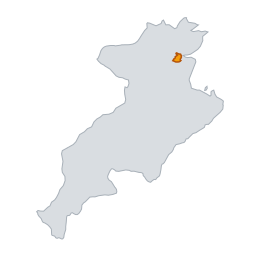 Hwangju, Hwanghae-bukto, North Korea (highlighted), rotated 176°
{"feature_id": "82179303B1056018992840", "entity_name": "Hwangju", "entity_type": "district", "adm_level": 2, "iso_a3": "PRK", "parent_name": "North Korea", "parent_adm1": "Hwanghae-bukto", "projection": "mercator", "projection_center": [125.698, 38.725], "detail": "fine", "context": "in_parent", "style": "filled", "palette": "amber", "viewbox_px": 256, "rotation_deg": 176, "n_neighbors": 0, "source": "geoboundaries", "source_scale": "gbopen_adm2", "svg_char_len": 3957}
<svg xmlns="http://www.w3.org/2000/svg" viewBox="0 0 256 256"><g transform="rotate(176 128 128)"><path d="M154.2,198.9L153.1,199.5L151.3,202.8L149.6,207.0L147.9,209.2L146.0,210.5L143.9,211.2L139.9,211.5L136.2,211.3L135.0,210.8L129.9,211.1L128.5,211.4L121.1,211.0L117.3,211.4L114.9,212.2L112.4,213.9L110.3,216.4L108.4,219.1L104.6,224.1L101.9,226.5L101.9,229.9L101.9,231.0L100.9,231.7L100.6,231.4L99.1,231.1L92.9,228.0L87.7,229.9L86.5,232.4L85.1,233.2L83.1,228.3L79.7,228.1L74.5,223.8L72.2,224.7L71.6,226.4L68.7,230.4L64.7,233.7L63.4,234.1L61.9,233.9L62.1,233.0L60.4,229.3L54.0,227.8L51.7,226.2L50.6,225.9L56.8,221.8L58.5,221.0L57.2,220.1L55.9,219.6L50.8,220.2L48.1,218.9L44.2,219.3L41.5,218.2L47.1,214.2L47.3,211.8L47.3,209.9L50.1,204.5L53.0,201.5L60.4,197.3L63.6,196.7L66.0,196.8L67.9,196.5L65.9,194.8L63.9,194.1L60.1,194.2L56.1,191.8L55.7,189.2L63.5,172.7L63.6,171.2L62.4,167.2L62.0,163.3L56.4,161.0L54.0,160.8L46.9,156.3L44.0,154.1L42.9,154.8L42.7,158.3L41.7,159.1L39.8,159.8L38.9,155.7L37.4,152.8L32.7,149.8L31.0,148.2L31.8,144.6L31.4,144.3L32.1,140.3L35.0,137.2L42.1,131.7L43.9,129.1L47.5,126.0L49.2,126.1L50.8,125.8L51.3,124.5L51.7,123.4L53.2,122.5L56.6,120.8L60.5,118.6L63.7,117.9L67.5,114.6L69.1,113.1L70.7,113.1L71.1,112.5L72.0,110.7L73.2,109.6L74.9,109.4L77.7,108.6L81.2,108.1L83.6,105.2L84.4,103.2L86.0,101.0L89.3,98.6L91.6,95.0L94.1,91.1L95.4,89.9L96.5,89.6L97.3,88.2L98.1,84.0L99.2,80.0L99.9,78.1L102.9,76.0L103.6,75.0L104.3,74.6L105.6,74.9L107.5,73.7L109.2,72.3L110.8,72.8L112.4,73.9L114.0,76.2L114.8,77.9L116.1,79.4L116.3,81.6L117.6,82.5L120.4,83.0L125.0,84.5L128.0,84.6L129.7,85.7L133.2,86.3L140.3,85.4L143.2,85.9L144.4,87.3L146.2,88.4L147.3,88.4L148.9,86.6L150.6,83.6L151.7,81.3L151.6,79.4L150.6,77.5L148.3,75.6L146.8,72.8L145.3,69.9L144.5,68.9L143.8,67.5L143.6,65.3L144.1,63.8L147.7,62.8L152.2,62.3L155.8,62.9L161.9,62.5L165.7,61.6L168.5,61.8L171.0,61.7L172.2,60.5L175.7,57.4L177.5,56.4L179.4,54.3L179.7,52.1L180.0,50.4L181.1,48.5L183.0,46.2L184.6,45.2L186.3,45.3L188.2,46.4L189.4,47.4L190.7,47.1L191.9,45.3L192.6,44.9L194.7,44.8L195.4,43.7L196.2,38.3L197.0,34.1L197.2,31.1L199.1,26.2L199.7,23.3L200.9,21.9L202.2,22.0L203.3,22.8L204.7,23.4L206.5,22.9L207.8,23.6L208.6,25.2L211.3,26.3L211.6,27.1L211.5,32.5L213.0,34.9L215.0,37.2L217.8,39.2L219.2,39.7L220.1,41.2L220.9,43.7L222.9,46.1L223.9,47.9L224.1,49.8L225.0,50.8L223.5,52.0L221.4,51.3L218.0,50.9L213.6,54.5L211.2,55.8L209.5,59.3L206.1,61.4L204.2,63.7L201.8,67.6L200.2,71.3L196.5,75.1L194.4,79.9L194.3,84.1L196.6,88.3L196.8,91.8L195.2,99.2L196.1,106.9L195.1,110.0L183.8,115.3L180.9,117.9L176.7,124.8L171.7,127.3L168.6,130.1L164.2,131.7L161.5,136.5L158.4,139.2L154.8,140.9L152.1,143.0L146.0,143.1L141.7,144.6L138.7,148.6L129.5,153.1L128.3,156.6L128.9,161.9L128.9,165.9L128.1,169.2L126.1,168.3L125.1,169.4L123.9,172.4L124.2,175.9L127.4,177.0L129.9,178.5L133.5,179.2L136.2,180.8L141.9,188.1L146.5,191.3L147.7,192.5L150.4,194.1L152.8,196.7L154.2,198.9ZM48.0,162.9L46.3,164.1L46.2,162.0L47.5,160.3L48.9,160.1L48.0,162.9Z" fill="#d9dde1" stroke="#a8b0b8" stroke-width="1"/><path d="M70.6,191.6L70.8,191.7L70.9,191.8L71.0,191.8L71.0,192.0L71.1,192.3L71.1,192.5L71.1,192.8L71.0,193.0L70.9,193.2L70.9,193.3L70.7,193.5L70.4,193.8L70.3,194.1L70.1,194.4L70.1,194.5L69.9,194.8L69.7,194.7L69.4,194.6L69.5,194.7L69.6,194.8L69.7,195.0L69.8,195.1L69.9,195.3L69.9,195.6L69.8,195.9L69.8,196.1L69.7,196.3L69.8,196.5L70.2,197.2L70.2,197.6L70.3,197.8L70.4,198.0L70.7,198.0L71.1,198.1L71.5,198.2L72.2,198.4L72.7,198.6L73.2,198.9L73.7,199.2L74.1,199.5L74.5,199.5L74.7,199.3L74.9,199.1L74.9,198.9L74.8,198.5L74.6,198.3L74.3,198.0L74.0,197.5L73.7,197.2L74.1,196.9L74.5,196.6L75.0,196.3L75.6,196.1L76.0,195.7L75.9,195.0L76.2,194.4L76.7,194.0L77.1,194.0L77.5,193.6L77.8,193.2L78.2,192.5L78.6,192.0L78.4,191.9L77.1,191.3L76.3,190.8L76.1,190.7L75.9,190.6L75.5,190.5L74.5,190.4L73.5,190.4L72.7,190.4L72.0,190.6L71.8,190.7L71.3,191.0L71.2,191.0L70.6,191.6Z" fill="#f59e0b" stroke="#b45309" stroke-width="1.5"/></g></svg>